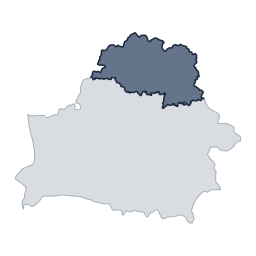 Vitebsk on a map of Belarus (Albers equal-area conic projection)
{"feature_id": "BLR-2341", "entity_name": "Vitebsk", "entity_type": "Region", "adm_level": 1, "iso_a3": "BLR", "parent_name": "Belarus", "parent_adm1": "", "projection": "albers", "projection_center": [28.969, 55.191], "detail": "fine", "context": "in_parent", "style": "filled", "palette": "slate", "viewbox_px": 256, "rotation_deg": 0, "n_neighbors": 0, "source": "natural_earth", "source_scale": "10m", "svg_char_len": 9021}
<svg xmlns="http://www.w3.org/2000/svg" viewBox="0 0 256 256"><path d="M220.6,189.7L216.0,189.6L210.6,189.9L207.6,192.2L204.2,191.2L201.9,192.5L196.6,198.5L194.6,201.7L192.7,206.7L191.5,210.3L192.3,212.8L193.3,215.1L193.6,217.6L194.2,219.6L192.9,221.1L192.1,223.2L189.8,222.9L186.9,220.9L186.3,218.1L184.0,216.1L182.6,215.1L180.2,215.0L176.5,216.0L171.5,216.7L167.8,217.0L165.8,218.0L162.8,219.0L161.6,217.8L159.9,214.6L158.6,211.3L157.6,209.9L156.8,209.5L155.8,209.6L154.7,210.6L153.8,211.7L150.7,212.9L149.3,214.1L147.8,217.1L146.8,216.8L145.8,216.1L144.6,212.8L143.0,212.0L140.4,211.9L137.1,211.2L134.5,210.2L133.6,210.4L132.0,211.8L130.3,212.0L126.6,210.7L125.9,211.2L123.7,214.9L122.7,215.0L122.2,214.6L122.5,211.4L120.4,210.2L116.8,209.9L114.2,210.3L113.0,210.2L112.4,209.5L109.4,204.1L107.8,203.7L104.8,203.9L100.5,203.1L95.6,201.7L92.9,201.2L91.5,199.9L88.4,199.4L80.3,196.8L76.9,196.2L72.0,196.0L64.5,195.1L59.7,195.1L57.4,195.7L54.8,196.0L45.8,196.1L42.6,196.5L41.6,197.6L40.3,200.0L36.3,204.0L32.6,206.6L31.9,206.8L29.9,205.1L28.2,204.5L26.1,204.2L24.6,204.5L23.7,205.2L23.5,208.5L23.3,208.8L22.0,204.7L22.4,201.2L23.5,199.2L24.7,197.5L24.4,194.7L25.8,191.2L26.0,188.6L25.6,187.4L24.9,186.0L22.7,184.4L21.7,183.2L18.7,181.4L15.8,179.3L15.4,178.1L15.6,177.3L16.2,176.2L18.9,172.8L21.7,169.6L23.4,168.4L32.4,164.7L33.8,163.2L34.4,160.7L34.6,155.4L34.4,150.6L34.0,147.3L32.8,141.0L29.4,127.9L27.8,114.5L29.4,115.4L33.4,116.0L36.7,115.3L38.3,115.3L39.8,115.7L44.0,115.2L45.0,116.5L46.8,117.7L50.5,116.4L53.9,114.7L57.3,115.1L57.8,114.3L58.9,109.6L60.0,108.6L64.0,109.3L65.5,108.6L67.2,106.4L69.6,105.0L71.6,105.1L73.8,103.6L74.7,104.8L75.1,106.7L74.4,108.2L74.6,108.9L76.0,109.7L78.5,109.8L80.1,109.2L80.5,108.4L80.5,106.7L80.2,105.2L79.3,103.9L77.3,103.1L76.0,103.0L75.8,102.2L76.3,100.5L77.7,97.3L79.3,94.4L80.3,93.3L80.5,92.3L80.4,90.5L80.5,87.4L82.0,82.9L83.9,79.6L86.3,78.7L89.2,78.2L91.1,76.7L92.1,74.9L93.0,72.0L93.9,71.5L100.8,72.1L102.0,69.2L102.6,68.4L103.9,67.6L104.9,66.6L104.5,65.8L102.8,65.3L98.7,64.7L97.9,63.7L98.2,62.6L99.4,59.6L100.6,55.8L101.2,52.9L101.3,51.1L101.9,50.7L105.3,50.2L106.4,49.7L109.4,45.7L111.6,45.1L117.2,46.3L119.8,46.2L123.1,46.6L123.4,46.2L124.6,42.2L130.2,35.9L133.2,33.7L135.1,33.2L135.7,33.4L138.7,36.8L139.4,36.9L141.4,35.5L144.8,35.4L146.4,36.6L148.6,40.8L149.8,41.3L153.1,39.0L155.0,38.2L156.2,38.2L162.5,41.4L162.9,42.4L163.0,43.7L162.0,47.4L163.3,49.7L164.9,51.3L168.1,48.7L169.3,47.9L170.6,47.9L172.3,46.9L173.6,45.5L174.8,44.9L177.1,45.2L181.3,44.8L186.2,47.0L186.6,47.7L189.1,50.3L190.0,51.6L190.8,52.0L192.2,53.3L193.9,54.1L195.2,53.8L195.7,54.2L196.3,55.2L196.4,57.0L196.4,62.0L194.7,64.6L194.5,65.5L194.6,66.6L196.0,68.8L197.9,72.1L198.4,74.0L198.5,75.4L196.1,79.8L195.3,80.8L194.8,82.9L194.5,85.1L194.7,86.0L199.0,89.3L202.1,91.0L202.9,91.9L203.0,92.5L201.4,96.2L201.3,97.2L203.8,98.6L205.3,100.9L206.6,104.8L209.1,108.4L218.2,113.6L219.0,114.5L219.3,115.7L219.2,118.2L217.7,123.2L219.3,123.8L223.2,123.5L228.0,123.9L234.0,127.0L234.1,128.6L233.5,130.0L234.0,131.5L234.7,132.7L239.9,136.3L240.5,137.4L240.6,139.2L240.6,140.6L239.2,141.0L237.7,141.7L235.2,143.5L234.3,145.8L230.4,149.2L227.9,150.8L225.9,151.0L221.1,150.5L219.3,149.0L218.5,147.6L216.7,147.0L214.2,147.0L210.8,147.4L210.2,147.9L209.7,149.7L208.3,152.8L207.3,154.5L211.9,160.4L214.1,162.8L214.9,164.3L214.9,165.4L213.9,166.7L214.2,169.2L216.4,172.5L215.7,173.1L215.7,177.2L215.8,181.7L216.5,182.7L217.6,183.6L218.7,185.1L220.5,188.8L220.6,189.7Z" fill="#d9dde1" stroke="#a8b0b8" stroke-width="1"/><path d="M99.7,65.1L99.4,65.1L98.1,64.5L97.7,64.3L97.6,63.9L97.9,63.2L98.6,61.8L98.9,60.4L99.1,60.0L100.0,59.2L100.0,58.7L99.7,57.9L99.8,57.0L101.3,55.0L101.5,54.2L101.6,53.1L101.5,52.1L101.4,51.1L101.9,50.3L102.4,50.1L103.0,50.1L104.1,50.7L104.7,50.6L106.4,49.8L106.9,49.3L108.2,47.0L109.5,45.5L110.0,45.2L112.9,44.9L113.8,45.1L114.3,45.3L115.6,46.5L116.2,46.9L116.6,46.7L118.1,45.2L118.7,45.9L119.3,46.3L120.0,46.5L122.8,46.8L123.4,46.8L123.8,45.4L124.0,43.5L124.7,41.8L126.9,40.4L127.6,39.1L127.7,38.2L128.4,37.5L129.9,36.4L130.6,35.0L130.9,34.6L132.1,34.3L133.0,33.9L134.0,33.2L134.9,32.8L135.8,33.4L136.2,34.1L137.7,35.7L138.4,36.7L138.8,37.2L139.3,37.3L139.7,37.0L140.5,35.9L141.0,35.5L144.2,35.2L145.8,35.6L146.0,35.8L147.3,38.0L147.5,38.9L147.6,39.8L147.9,40.6L148.4,41.1L150.1,41.6L150.6,41.5L150.6,40.6L151.2,40.0L152.6,39.4L153.8,38.5L154.9,38.1L156.2,38.1L157.4,38.6L159.2,39.9L162.5,40.8L162.9,41.1L163.7,42.0L163.9,42.3L164.0,42.6L163.9,42.9L163.6,42.9L163.0,43.2L162.8,43.4L162.7,43.7L162.4,45.4L161.9,46.7L161.8,47.3L162.0,48.1L162.2,48.7L163.3,49.6L164.4,51.2L164.8,51.4L165.4,51.3L167.1,49.2L169.3,47.9L169.9,47.8L171.4,48.2L171.9,47.9L172.8,46.2L173.3,45.5L174.1,45.0L175.0,44.8L175.9,44.9L178.5,45.8L179.1,45.6L180.0,44.6L180.5,44.3L180.9,44.5L182.1,45.4L186.5,46.7L186.7,47.0L186.7,47.3L186.5,48.0L186.8,48.3L188.7,49.2L189.1,49.6L189.2,50.1L189.1,50.8L189.1,51.2L189.4,51.7L189.8,52.0L190.3,52.1L191.2,52.0L191.5,52.1L192.7,54.4L193.3,54.5L194.0,54.0L195.0,53.7L195.8,54.0L196.4,55.2L196.6,56.6L196.2,58.0L196.7,58.2L196.6,58.7L196.0,59.2L195.9,59.9L196.1,60.6L196.7,61.5L196.8,62.3L196.5,62.8L195.2,63.8L194.5,64.9L194.2,65.7L194.1,66.4L194.4,66.9L194.7,67.2L195.5,67.6L195.8,68.1L196.3,69.5L196.6,70.0L197.6,70.7L197.9,71.1L198.0,71.2L197.9,71.6L197.9,71.8L198.3,72.0L198.5,72.3L198.5,72.5L198.5,72.9L198.3,73.2L198.2,73.5L198.3,73.7L198.8,74.8L199.1,75.7L199.1,76.5L198.6,76.7L197.5,76.4L197.0,76.5L196.9,77.0L197.2,77.6L197.5,78.0L197.6,78.5L197.2,79.2L196.8,79.5L195.5,79.9L194.9,80.3L195.0,80.7L195.3,81.3L195.3,82.3L194.9,82.9L194.4,83.5L194.0,84.2L193.9,85.3L194.1,85.9L194.5,86.1L195.4,86.4L198.9,88.9L199.3,89.5L199.4,90.2L199.9,90.1L201.8,90.3L202.3,91.3L203.2,92.0L202.6,93.6L201.6,95.4L201.1,97.1L201.7,97.6L203.4,98.1L203.7,98.6L203.2,98.7L202.5,98.6L201.8,99.1L200.9,99.5L201.0,100.5L200.8,100.6L198.2,99.5L197.7,99.6L197.5,99.8L197.4,99.9L197.5,100.3L197.4,100.6L196.8,100.8L195.2,100.8L194.1,100.6L193.0,100.1L192.6,100.2L192.0,100.6L191.9,101.0L191.7,101.3L190.7,101.6L190.4,101.9L190.3,102.1L190.9,102.8L191.0,103.0L190.5,103.6L190.2,104.6L189.7,105.0L189.0,105.4L188.6,105.4L188.0,105.2L187.2,104.5L186.7,103.4L186.4,103.2L186.1,103.5L186.1,103.9L185.9,104.2L184.8,104.9L184.4,104.9L183.1,104.6L182.9,104.5L182.8,104.3L182.9,104.2L183.6,103.1L184.0,102.2L182.6,102.9L181.3,102.8L181.1,103.5L180.8,103.7L179.5,102.8L179.4,102.6L179.6,102.5L179.6,102.3L179.3,102.2L179.0,102.4L178.8,103.0L178.5,103.4L177.6,104.1L177.7,104.8L178.0,105.5L178.0,105.8L177.8,106.2L177.6,106.3L176.7,106.3L176.3,106.1L176.2,105.7L174.7,105.4L174.8,105.0L174.3,104.5L174.4,104.1L174.3,103.9L173.1,103.6L172.8,104.0L173.2,104.3L173.3,104.5L173.1,104.6L172.6,104.8L169.5,105.3L169.2,105.2L167.9,104.7L167.2,104.6L166.9,104.9L166.5,105.8L165.3,106.2L164.9,107.0L164.6,107.3L163.7,108.0L162.9,108.2L162.7,108.2L162.4,107.7L162.5,106.5L162.7,106.2L163.4,105.5L163.6,105.1L163.6,104.9L163.1,104.0L162.6,103.6L162.9,103.2L163.1,102.5L163.3,102.4L163.5,102.0L163.6,101.3L163.9,98.0L164.6,96.8L164.6,96.5L164.3,96.1L164.2,95.8L165.4,94.4L165.3,93.4L165.0,93.0L164.7,92.9L164.5,93.0L164.4,93.9L164.2,94.2L163.9,94.3L162.3,93.9L161.3,94.6L161.0,94.6L160.3,94.3L159.4,94.3L159.4,93.1L159.2,92.4L159.1,92.2L158.8,92.1L157.7,92.5L157.4,92.5L157.3,92.4L157.2,92.1L157.5,91.7L157.4,91.7L156.4,92.1L155.8,93.0L155.2,93.3L154.6,93.3L151.6,92.7L151.4,92.9L151.2,93.6L151.3,93.9L151.7,94.4L151.7,94.6L151.4,95.2L150.7,95.4L150.4,95.2L150.3,94.6L150.0,94.4L148.9,94.3L148.4,94.7L148.2,94.8L146.7,94.3L146.4,94.0L146.3,93.5L146.3,93.2L146.7,92.4L146.7,92.2L146.4,91.6L146.1,91.4L145.5,92.1L145.1,92.3L144.7,91.3L142.6,91.9L142.4,92.1L141.3,95.4L141.0,95.6L140.6,95.5L139.5,94.9L139.4,94.4L139.2,94.2L139.0,93.9L138.2,93.4L137.9,93.1L137.5,92.2L136.9,91.6L136.2,91.6L135.1,91.8L134.6,92.0L133.9,92.5L132.5,92.2L129.6,92.9L129.5,92.7L129.5,92.1L129.4,91.9L129.0,91.7L128.6,91.7L128.1,92.3L127.9,92.3L126.2,91.9L125.9,91.3L125.1,90.6L124.9,90.0L124.5,89.4L124.5,89.2L124.7,88.7L124.8,88.1L124.5,87.7L123.3,86.9L121.2,86.5L121.0,86.4L120.9,86.2L121.1,85.4L121.1,85.2L119.3,83.5L118.7,82.7L118.4,82.6L117.1,82.7L116.6,82.5L116.5,82.4L116.5,81.8L116.3,81.3L115.7,80.4L115.1,79.8L115.1,79.6L115.7,78.7L115.8,78.5L115.6,78.1L115.1,77.7L113.7,77.9L111.9,77.4L111.2,77.9L111.1,78.2L111.3,78.7L111.3,79.1L110.8,79.4L109.1,79.4L108.2,79.3L108.0,79.1L107.6,78.5L107.2,78.3L104.9,78.6L104.0,79.3L103.4,79.4L103.2,79.3L103.0,78.8L102.7,78.6L102.3,78.4L101.0,78.4L100.5,78.9L99.9,79.0L99.1,78.5L97.9,78.5L97.2,78.4L95.7,77.7L95.3,77.9L95.2,78.3L95.3,78.8L95.1,79.0L94.9,79.2L94.6,78.9L94.3,78.9L94.1,79.0L93.6,79.5L93.3,79.7L93.0,79.4L92.8,79.0L92.7,78.0L92.5,77.8L91.0,77.1L91.4,76.5L92.3,74.7L92.4,74.4L92.5,73.9L92.5,72.9L92.6,72.5L93.3,71.4L94.3,71.3L97.0,72.0L97.7,71.4L98.0,71.4L100.3,72.5L100.8,72.4L101.1,71.9L101.4,70.8L101.6,69.7L101.8,69.3L102.2,68.8L102.8,68.2L103.2,68.0L104.6,67.7L105.2,67.3L105.4,66.6L105.2,66.0L104.7,65.6L101.1,64.8L99.7,65.1Z" fill="#64748b" stroke="#1e293b" stroke-width="1.5"/></svg>